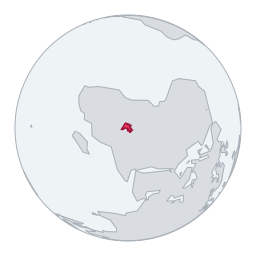 globe centered on Maniema, rotated 122°
{"feature_id": "COD-1895", "entity_name": "Maniema", "entity_type": "Province", "adm_level": 1, "iso_a3": "COD", "parent_name": "Democratic Republic of the Congo", "parent_adm1": "", "projection": "orthographic", "projection_center": [26.456, -2.545], "detail": "fine", "context": "on_globe", "style": "filled", "palette": "rose", "viewbox_px": 256, "rotation_deg": 122, "n_neighbors": 0, "source": "natural_earth", "source_scale": "10m", "svg_char_len": 7296}
<svg xmlns="http://www.w3.org/2000/svg" viewBox="0 0 256 256"><g transform="rotate(122 128 128)"><circle cx="128" cy="128" r="113" fill="#eef3f6" stroke="#a8b0b8"/><path d="M64.2,35.2L61.3,37.4L59.5,38.7L56.1,41.3L64.2,35.2ZM50.8,46.0L51.3,45.5L49.8,46.9L49.1,47.6L50.8,46.0ZM17.3,107.1L17.4,106.9L17.1,108.5L16.7,115.7L18.2,118.7L18.6,123.4L18.2,126.5L19.2,127.2L19.2,129.1L24.9,131.6L29.3,136.4L30.1,143.2L28.4,151.4L31.5,168.3L29.7,174.1L32.4,180.9L36.4,190.9L34.9,190.4L38.6,195.1L40.4,198.1L40.3,198.5L43.0,201.8L43.1,202.0L45.0,204.1L47.9,207.2L42.3,201.1L37.1,194.5L32.4,187.5L28.2,180.3L24.6,172.7L21.6,164.9L19.1,156.9L17.3,148.7L16.0,140.4L15.4,132.1L15.4,123.7L16.1,115.4L17.3,107.1ZM52.0,211.1L52.9,211.9L53.5,212.5L52.0,211.1ZM61.3,218.8L62.9,219.9L64.1,220.8L61.3,218.8ZM58.5,216.4L57.5,215.3L58.3,215.8L59.1,216.7L58.5,216.4ZM231.9,84.6L232.4,86.5L233.0,88.4L231.6,85.7L232.2,89.1L236.7,101.3L237.4,104.6L237.2,110.2L236.8,107.6L233.1,100.5L234.2,108.5L237.0,116.0L238.1,124.4L236.6,121.3L235.4,113.9L234.1,111.2L233.2,104.2L229.7,93.7L228.2,95.1L227.1,91.0L222.1,82.5L219.2,84.5L215.5,94.3L217.0,104.8L214.8,109.3L207.3,93.7L203.7,83.8L201.1,84.5L193.3,76.2L180.2,75.3L178.2,72.8L175.7,73.9L170.2,71.4L167.1,67.5L163.8,67.7L172.0,78.1L175.6,78.0L178.3,74.1L180.0,77.9L185.3,81.4L179.9,90.5L160.2,98.7L158.1,90.9L142.1,70.7L142.5,68.5L142.4,68.3L142.2,67.8L141.0,71.4L138.2,67.7L146.9,81.3L148.4,87.4L159.9,99.2L158.9,100.4L162.5,102.9L174.0,100.1L174.1,102.8L168.8,115.1L152.8,132.3L154.8,144.3L153.5,154.5L143.4,161.4L144.1,169.5L138.8,172.4L138.4,177.0L134.1,181.9L126.9,186.7L114.9,187.0L114.3,182.9L108.4,174.9L100.4,155.7L103.6,146.7L102.5,139.9L93.8,125.4L95.8,117.2L93.4,113.9L88.6,115.0L85.8,111.1L82.9,111.2L64.5,115.3L58.9,110.7L52.2,95.9L55.5,89.5L56.1,82.7L79.0,58.8L83.9,59.6L101.9,55.9L104.1,56.6L102.0,61.4L115.5,67.0L119.9,62.8L132.1,66.0L140.3,65.8L143.2,56.9L129.9,56.8L127.6,52.6L138.3,49.0L150.0,49.8L149.4,48.2L142.1,44.6L144.8,42.0L139.5,43.3L141.6,44.8L138.4,45.8L136.3,44.5L137.3,43.5L133.8,42.8L129.8,48.2L131.5,50.3L122.3,51.5L124.2,55.3L121.7,57.2L117.4,51.5L117.9,49.4L109.9,44.0L108.6,46.2L116.1,51.6L113.7,51.3L112.0,54.9L111.5,51.8L103.7,45.9L95.4,47.8L84.8,57.3L79.9,58.5L75.9,57.2L79.8,48.3L90.2,46.6L91.7,44.0L89.6,40.7L93.0,40.6L93.4,39.2L97.3,38.7L102.9,35.2L106.9,34.7L109.2,30.9L111.5,30.3L109.5,32.6L110.3,34.1L120.2,33.6L122.2,32.8L122.8,30.5L125.5,30.9L124.9,28.8L130.6,28.0L123.1,27.4L123.6,25.3L127.1,23.8L126.0,23.2L120.3,25.7L119.2,26.9L120.5,28.0L116.5,31.9L113.0,32.7L112.1,28.6L107.2,29.5L108.6,26.5L123.1,20.7L129.1,19.9L138.9,22.2L137.5,23.2L133.2,22.7L137.1,24.8L136.8,23.8L139.0,24.3L140.1,22.9L141.7,23.2L140.0,21.5L142.1,21.7L143.2,22.8L146.6,21.4L151.0,21.9L151.0,21.5L149.8,20.9L156.2,22.2L155.9,21.9L153.7,21.3L151.7,20.3L150.6,19.3L152.9,19.8L153.6,20.2L158.4,22.1L159.9,23.5L160.7,23.7L160.0,22.6L154.1,20.2L152.8,19.5L155.8,20.5L154.6,20.0L154.7,19.9L156.9,20.2L153.7,19.2L151.5,17.8L159.7,19.9L167.6,22.6L175.3,25.8L182.8,29.6L189.9,33.9L196.7,38.7L203.1,44.1L209.1,49.9L214.7,56.1L219.8,62.7L224.4,69.7L228.4,77.0L231.9,84.6ZM71.2,70.1L70.6,72.1L71.2,70.1ZM162.5,55.7L169.4,56.4L165.9,51.0L168.3,50.9L166.3,49.2L165.7,50.6L160.6,46.2L163.5,44.9L162.5,42.8L160.1,42.5L155.7,45.6L162.9,51.8L161.4,53.9L162.5,55.7ZM17.4,106.8L17.2,108.0L17.4,106.8ZM54.5,43.1L52.0,45.5L53.3,44.2L51.8,45.4L52.7,44.3L58.7,39.4L55.8,41.7L54.5,43.1ZM92.0,33.3L93.3,33.9L91.7,35.4L86.7,37.1L88.8,34.7L92.0,33.3ZM95.5,34.4L96.0,30.5L99.2,29.6L97.3,30.7L99.3,30.5L96.9,32.3L99.4,35.7L98.2,37.4L89.5,38.9L93.0,37.3L91.5,36.7L95.5,34.4ZM91.7,25.1L92.0,24.2L98.5,23.3L97.5,24.3L92.4,25.7L90.6,25.5L91.7,25.1ZM112.5,16.4L113.1,16.4L115.5,16.1L117.0,15.9L117.5,15.9L115.0,16.2L117.3,16.2L114.1,16.5L114.5,16.5L112.2,17.0L110.1,17.6L108.6,17.7L108.4,17.9L106.9,18.4L106.1,18.7L103.2,19.3L102.1,19.9L101.3,19.8L100.2,20.7L99.7,20.3L97.6,21.1L99.2,21.1L85.2,24.8L79.7,27.2L75.3,29.6L75.1,29.1L79.0,26.7L84.9,23.9L90.3,21.9L89.2,22.3L91.5,21.5L91.4,21.5L92.9,21.0L94.7,20.4L95.4,20.2L103.9,18.0L112.5,16.4ZM106.7,54.7L108.5,54.8L111.2,54.5L110.2,56.9L106.7,54.7ZM101.3,50.7L102.9,50.3L102.8,53.2L101.0,53.2L101.3,50.7ZM103.8,47.7L103.0,50.0L102.4,48.8L103.8,47.7ZM111.0,32.2L112.7,31.9L112.9,32.4L111.9,33.3L111.0,32.2ZM123.8,17.3L122.6,17.1L123.1,17.0L122.4,16.4L124.8,16.3L126.2,16.6L123.8,17.3ZM140.9,58.4L138.5,60.1L137.3,59.2L138.4,58.8L140.9,58.4ZM123.6,58.3L127.5,59.4L123.3,58.9L123.6,58.3ZM126.3,17.1L125.7,16.8L127.3,16.9L126.3,17.1ZM126.5,16.2L128.3,16.3L125.0,16.2L126.5,16.2ZM178.3,210.0L178.4,211.5L176.9,211.5L178.3,210.0ZM172.2,153.1L164.0,171.2L158.8,171.2L158.2,165.8L161.4,154.9L167.5,151.8L170.6,147.0L172.2,153.1ZM239.2,145.7L239.3,145.3L239.2,145.7ZM239.4,144.3L238.5,142.5L237.7,140.5L238.2,138.7L239.4,140.2L239.4,144.3ZM238.1,138.6L236.6,132.2L232.6,115.5L234.1,116.1L237.9,126.7L237.7,128.3L238.6,133.1L238.1,138.6ZM240.6,131.3L240.4,135.8L240.1,134.4L239.8,133.2L239.7,126.5L239.8,123.5L240.1,123.9L240.0,116.0L240.6,131.3ZM217.4,105.9L219.9,112.5L218.5,113.4L217.4,105.9ZM234.1,91.5L233.8,91.6L233.3,90.0L233.3,88.9L234.1,91.5ZM145.8,17.8L144.2,18.5L144.5,19.4L147.2,20.4L142.7,19.6L142.1,18.1L145.8,17.8ZM150.4,17.6L150.5,17.7L148.2,17.2L148.6,17.3L150.4,17.6ZM148.8,17.3L145.1,16.7L144.0,16.5L147.2,17.0L148.8,17.3ZM135.7,16.2L135.0,16.4L133.8,16.2L135.7,16.2ZM220.2,192.7L220.2,192.8L221.1,191.1L223.3,187.9L229.0,177.3L228.9,177.7L232.0,170.8L233.1,168.5L229.5,176.9L225.1,185.0L220.2,192.7Z" fill="#d9dde1" stroke="#a8b0b8" stroke-width="1"/><path d="M124.6,127.8L124.5,127.7L124.3,127.4L124.1,127.1L124.1,126.8L124.8,126.8L125.1,126.8L125.3,126.9L125.3,127.0L125.2,127.1L125.3,127.1L125.5,127.1L125.8,127.1L126.1,126.7L126.3,126.6L126.5,126.7L126.8,126.6L126.8,126.4L126.8,126.2L126.8,125.8L126.8,125.7L126.9,125.8L127.0,125.9L127.2,125.7L127.3,125.6L127.2,125.5L127.3,125.5L127.3,125.4L127.4,125.2L127.4,124.9L127.6,124.8L127.7,124.7L127.6,124.2L127.9,124.0L127.9,123.9L127.6,123.6L127.4,123.4L127.4,123.2L127.5,123.2L127.6,123.3L127.8,123.5L128.0,123.7L128.3,123.7L128.5,123.6L128.8,123.5L128.7,123.4L128.8,123.4L128.9,123.5L129.0,123.5L129.3,123.8L129.5,123.9L129.8,124.0L130.0,123.9L130.0,124.0L130.4,124.1L130.5,124.1L130.7,124.3L130.7,124.5L130.4,124.8L130.2,124.8L129.9,124.8L129.7,124.9L129.6,125.0L129.7,125.3L129.5,125.5L130.0,126.0L130.3,126.3L130.4,126.5L130.5,126.6L130.5,126.8L129.9,127.0L129.7,127.3L129.4,127.4L129.2,127.3L129.1,127.2L128.9,127.2L128.8,127.3L128.7,127.5L128.7,127.8L128.9,128.3L128.9,128.5L129.0,128.6L129.2,128.8L129.2,129.0L129.3,129.1L129.3,129.3L129.3,129.5L129.2,129.5L129.3,129.6L129.3,129.8L129.2,130.3L129.3,130.4L129.3,130.5L129.5,130.6L129.9,130.8L130.0,130.8L130.4,130.8L130.5,130.8L130.7,131.0L130.8,131.0L131.0,131.1L131.2,131.3L131.2,131.2L131.3,131.2L131.5,131.2L131.6,131.3L131.9,131.5L132.0,131.6L132.2,132.1L132.3,132.2L132.5,132.6L132.6,132.8L125.4,132.8L125.2,132.6L125.1,132.4L124.9,132.2L125.0,132.0L125.0,131.9L125.2,131.7L125.2,131.4L125.1,131.2L125.1,130.9L124.9,130.9L124.9,130.7L124.7,130.5L124.6,130.4L124.7,130.2L124.7,129.9L124.8,129.9L124.7,129.8L124.8,129.8L124.8,129.7L125.0,129.6L124.9,129.4L125.0,129.4L125.2,129.2L125.2,128.9L125.3,128.7L125.4,128.4L125.3,128.2L125.3,127.8L124.6,127.8Z" fill="#f43f5e" stroke="#9f1239" stroke-width="1.5"/></g></svg>